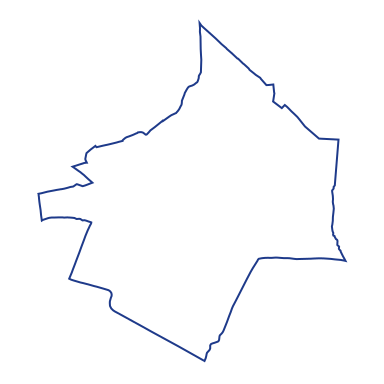 Tocatlán, Tlaxcala, Mexico (Mercator projection)
{"feature_id": "50627088B10833441398777", "entity_name": "Tocatlán", "entity_type": "district", "adm_level": 2, "iso_a3": "MEX", "parent_name": "Mexico", "parent_adm1": "Tlaxcala", "projection": "mercator", "projection_center": [-98.02, 19.391], "detail": "fine", "context": "isolated", "style": "outline", "palette": "blue", "viewbox_px": 384, "rotation_deg": 0, "n_neighbors": 0, "source": "geoboundaries", "source_scale": "gbopen_adm2", "svg_char_len": 4572}
<svg xmlns="http://www.w3.org/2000/svg" viewBox="0 0 384 384"><path d="M338.5,139.6L319.0,138.6L305.0,126.5L302.2,123.0L299.6,119.7L297.3,116.9L294.2,113.9L291.5,111.4L288.8,108.6L287.1,106.9L284.8,105.0L281.8,108.1L273.1,101.5L273.3,100.4L274.4,93.2L274.2,92.8L274.1,92.2L273.3,84.5L268.7,85.0L266.4,85.1L261.0,79.0L260.2,77.8L255.8,74.9L254.0,73.4L249.6,69.9L248.7,68.5L244.0,64.2L243.0,63.5L238.1,58.7L237.5,58.6L232.4,53.8L226.8,48.9L226.2,48.1L221.6,44.2L215.5,38.3L204.1,28.1L201.3,25.5L199.6,23.0L200.0,28.2L199.9,31.9L200.5,36.5L200.7,49.0L201.0,55.0L201.3,59.8L200.9,72.3L200.1,73.9L199.1,75.4L198.8,76.2L198.8,77.2L198.6,78.6L197.6,81.5L197.1,82.3L196.4,82.7L194.2,84.5L192.3,85.5L189.8,86.3L188.7,86.8L187.9,87.7L186.8,89.4L184.8,93.0L184.4,94.5L181.9,100.8L181.9,101.6L181.8,103.0L181.6,104.3L181.3,105.2L180.6,106.3L179.4,108.8L178.1,110.7L176.7,112.3L176.0,113.1L175.2,113.4L173.5,114.2L171.3,115.2L169.2,116.6L162.9,121.1L162.7,120.7L158.9,123.8L154.8,127.1L153.2,128.3L152.0,129.2L150.4,130.4L148.8,132.3L146.8,134.4L146.0,134.7L145.6,134.6L143.3,132.8L142.7,132.5L142.0,132.3L141.1,132.1L140.3,132.1L137.9,132.4L137.5,132.9L136.8,133.2L135.5,133.7L134.5,134.2L132.9,134.9L131.9,135.3L130.3,135.9L128.7,136.5L126.6,137.2L126.3,137.4L125.5,137.8L123.1,139.8L122.6,140.4L122.6,140.9L118.6,141.9L117.3,142.3L116.2,142.6L109.7,144.2L107.1,144.8L105.6,145.1L103.3,145.6L102.0,145.9L98.7,146.7L96.6,147.2L96.2,146.9L95.4,145.9L93.2,147.6L90.8,149.4L86.6,153.0L86.4,153.6L86.3,153.9L86.1,154.8L85.7,156.9L85.4,158.4L85.3,159.1L85.7,160.5L86.5,162.0L86.8,162.7L86.2,162.7L85.7,162.8L84.5,162.9L72.6,166.7L78.8,171.1L80.3,172.1L82.1,173.6L83.9,175.0L85.9,176.9L86.9,177.8L87.2,178.1L88.5,179.3L91.2,181.6L92.4,182.7L90.3,183.5L86.9,184.8L85.3,185.4L83.0,186.1L82.2,186.1L81.9,185.9L77.3,184.3L76.7,184.2L76.3,184.4L73.6,186.3L73.3,186.5L72.8,186.6L72.2,186.7L71.7,186.8L71.1,186.8L70.5,187.0L69.9,187.1L68.3,187.6L66.1,188.2L64.1,188.7L61.4,189.2L61.0,189.2L59.3,189.5L56.8,189.9L54.3,190.4L51.6,190.9L47.4,191.7L43.5,192.7L41.6,193.2L38.5,193.8L38.6,194.1L38.7,195.7L38.9,196.8L39.0,198.3L39.1,199.3L39.4,202.0L39.8,204.9L40.6,210.2L41.1,215.4L41.6,218.8L41.7,219.4L41.7,219.9L41.7,220.1L41.8,220.6L42.9,219.9L47.9,218.2L49.4,217.8L52.0,217.5L53.3,217.5L55.4,217.5L58.5,217.4L60.5,217.4L62.5,217.4L64.2,217.6L65.6,217.5L67.5,217.4L68.6,217.5L70.7,217.6L72.9,217.8L74.5,218.0L75.7,218.6L76.7,219.0L79.2,218.8L80.4,219.0L81.4,219.7L82.5,220.4L83.5,220.3L84.4,220.2L85.7,220.5L86.9,220.9L88.8,221.6L89.9,221.9L91.3,222.4L91.3,222.7L91.2,223.1L91.0,223.7L89.9,225.7L88.7,228.3L87.7,230.4L85.4,236.0L84.1,239.6L81.4,246.8L79.3,252.6L76.4,260.2L75.9,261.5L75.3,263.2L74.0,266.6L72.8,269.7L71.8,272.5L69.2,278.7L71.2,279.7L73.7,280.5L80.5,282.5L83.2,283.1L87.0,284.1L87.9,284.3L94.2,286.1L96.7,286.7L103.3,288.6L108.3,290.1L108.9,290.4L109.9,291.1L110.4,291.6L111.4,293.1L111.7,294.9L111.5,296.3L111.0,297.4L110.5,299.1L109.9,301.2L109.8,303.0L109.9,304.6L110.0,305.9L110.4,306.8L111.3,308.5L113.1,310.3L114.9,311.5L117.7,313.0L126.1,317.6L133.5,321.7L142.8,326.8L151.2,331.5L178.7,346.5L204.5,361.0L205.7,358.2L206.3,355.8L206.6,354.1L207.0,352.8L207.7,352.0L208.6,351.0L209.3,350.3L209.8,349.4L210.2,348.4L210.2,345.4L210.6,344.7L211.1,344.0L212.5,343.4L214.5,342.8L216.2,342.2L217.9,341.6L218.7,340.8L219.1,339.9L219.3,338.1L219.5,336.4L219.8,335.4L221.2,334.0L222.2,332.9L223.0,331.7L223.7,330.2L226.9,322.2L229.2,315.9L230.7,312.1L232.0,308.4L233.0,306.1L234.8,302.7L237.9,296.7L246.7,279.4L250.7,271.8L252.9,268.0L255.5,263.9L257.5,260.7L258.0,259.6L258.8,258.8L259.8,258.6L261.9,258.2L264.9,257.9L267.7,257.8L271.2,257.9L274.0,257.7L275.3,257.6L277.0,257.6L279.5,257.8L283.4,258.1L286.3,258.1L289.3,258.2L291.6,258.5L293.8,258.8L296.6,259.1L299.3,259.0L303.3,258.9L310.7,258.7L314.4,258.5L319.3,258.3L323.4,258.4L326.6,258.6L330.9,258.9L335.0,259.4L340.5,259.9L344.3,260.6L345.5,260.9L344.3,258.6L343.0,256.3L341.7,253.7L340.6,251.4L340.5,250.6L339.8,250.0L339.1,249.2L338.9,248.7L338.9,248.3L339.0,247.5L339.1,246.8L338.9,246.4L338.5,246.0L337.9,245.6L337.4,245.1L337.3,244.4L337.4,243.5L337.4,242.5L337.5,241.6L337.4,240.5L337.3,240.2L336.9,239.7L336.5,239.4L336.0,239.1L335.3,237.9L334.9,237.2L334.5,236.0L333.4,235.6L333.1,234.7L333.3,233.0L332.6,231.3L332.3,229.7L331.9,226.4L332.3,224.7L332.8,220.8L332.9,217.0L333.4,212.7L333.8,208.7L333.5,205.7L333.1,204.1L332.8,201.9L333.0,199.0L332.8,195.8L332.2,191.8L332.1,190.7L332.6,189.8L333.2,189.2L333.5,188.7L333.7,188.0L333.6,187.0L334.8,185.4L338.5,139.6Z" fill="none" stroke="#1e3a8a" stroke-width="2"/></svg>